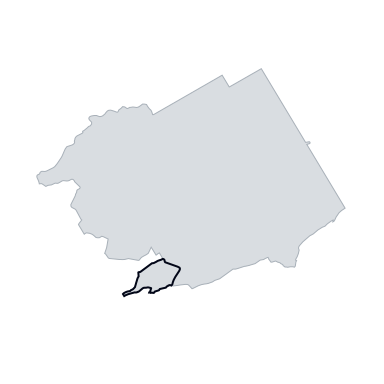 Blue Nile highlighted on a map of Sudan, rotated 59°
{"feature_id": "SDN-148", "entity_name": "Blue Nile", "entity_type": "State", "adm_level": 1, "iso_a3": "SDN", "parent_name": "Sudan", "parent_adm1": "", "projection": "equal_earth", "projection_center": [34.239, 11.094], "detail": "fine", "context": "in_parent", "style": "outline", "palette": "ink", "viewbox_px": 384, "rotation_deg": 59, "n_neighbors": 0, "source": "natural_earth", "source_scale": "10m", "svg_char_len": 5297}
<svg xmlns="http://www.w3.org/2000/svg" viewBox="0 0 384 384"><g transform="rotate(59 192 192)"><path d="M246.4,303.6L243.8,303.6L243.5,302.7L243.6,300.4L243.9,298.7L244.8,296.0L244.6,294.5L244.7,292.3L244.0,289.9L237.7,282.9L236.5,281.0L233.1,279.2L233.7,277.3L232.3,263.0L233.0,261.3L233.2,258.8L233.2,256.6L234.0,253.0L234.1,251.4L227.4,251.3L227.3,252.9L227.6,254.6L227.6,255.3L218.3,255.4L222.0,261.0L222.2,263.4L222.0,266.5L222.0,268.5L222.2,269.7L223.2,272.3L223.2,272.7L222.9,273.3L216.3,280.8L215.2,284.3L214.3,286.1L212.3,289.2L206.3,297.2L205.3,297.7L200.7,298.0L200.2,298.2L199.8,298.5L199.7,298.5L195.7,293.8L189.1,288.1L184.7,291.0L183.5,292.1L183.5,294.8L182.8,296.2L181.6,297.7L178.3,298.7L176.6,299.5L174.6,301.1L172.6,303.6L172.5,304.9L172.7,306.1L161.5,306.1L160.8,305.1L159.2,300.9L158.0,301.2L147.8,300.7L146.3,301.1L143.4,302.9L141.9,303.1L140.4,302.3L135.1,294.0L134.0,293.0L132.8,291.0L131.6,290.1L131.2,289.5L131.1,288.6L131.2,286.8L130.8,285.7L130.0,285.4L122.7,287.3L121.7,287.1L120.2,287.4L119.6,287.8L119.0,288.9L118.9,291.2L118.7,292.3L118.1,293.6L116.0,296.4L115.6,297.6L115.6,300.7L115.5,302.3L115.2,303.0L114.3,304.2L113.9,304.9L113.5,308.9L112.4,311.3L112.1,312.2L112.0,313.9L111.8,314.5L108.6,315.9L107.3,316.7L106.6,318.1L106.4,318.7L105.0,318.2L103.2,317.8L99.8,317.4L98.4,316.8L97.8,315.8L98.0,313.4L97.7,312.9L97.2,312.5L96.8,311.4L96.9,310.1L98.7,307.4L99.1,305.9L99.7,298.8L99.6,296.7L98.2,292.8L95.0,286.0L94.2,284.7L90.2,279.1L89.7,278.3L88.7,275.9L89.9,270.8L90.0,269.4L89.7,267.9L88.7,266.8L87.8,266.7L86.6,265.3L85.8,264.7L85.1,263.5L84.7,261.8L85.1,255.7L84.9,254.9L83.9,254.7L83.6,254.2L83.7,253.1L83.2,249.6L82.6,246.8L82.9,245.2L82.1,243.1L80.5,242.1L77.2,242.8L76.2,242.7L75.5,242.3L75.0,241.5L74.8,240.6L75.0,239.2L76.0,236.6L77.2,234.5L79.6,232.6L80.2,231.6L80.6,230.4L80.7,229.1L80.5,227.8L80.3,226.5L79.6,224.9L79.0,222.9L79.0,221.6L79.4,220.6L80.0,219.5L82.4,217.3L84.8,215.4L85.2,214.8L85.1,214.0L84.0,212.5L83.7,209.5L83.1,207.5L84.4,205.9L85.3,205.4L86.7,204.9L87.2,204.3L87.4,203.0L87.4,201.8L87.9,200.9L88.6,199.1L89.2,198.2L91.0,196.0L91.5,194.6L91.6,193.2L91.2,189.0L92.3,187.3L93.6,185.9L95.6,186.0L98.6,185.7L100.6,185.1L102.1,185.1L105.4,185.9L105.7,185.5L105.9,184.4L107.4,106.0L121.0,106.0L121.2,105.8L122.0,69.1L207.2,69.1L208.0,69.0L209.3,65.6L209.9,65.3L210.8,65.5L211.1,66.3L210.3,69.1L284.7,69.1L284.9,73.3L285.5,76.6L287.7,81.4L289.5,84.0L290.2,85.4L290.2,86.1L290.1,86.7L289.6,86.0L288.7,85.5L288.6,87.8L289.0,92.4L289.8,95.6L289.3,98.6L289.4,103.7L290.4,109.7L290.2,113.6L291.8,122.7L293.4,127.7L294.2,129.0L295.2,129.7L297.0,130.1L299.6,132.6L301.8,135.4L302.5,136.8L303.6,138.3L304.2,138.1L304.7,137.7L305.4,138.9L308.7,141.6L309.2,142.9L308.0,144.1L306.7,146.3L306.0,148.2L305.7,148.9L304.6,150.1L304.4,150.7L303.9,151.1L303.4,151.1L302.2,151.8L301.2,151.6L300.2,152.0L299.8,152.4L299.0,152.8L297.9,153.1L296.1,154.8L294.6,155.6L294.1,156.2L293.3,159.6L292.7,160.5L290.5,160.6L289.4,160.8L287.9,160.5L287.2,160.5L287.0,161.2L286.7,164.1L286.8,165.3L285.5,168.6L285.9,174.8L284.7,179.4L284.5,180.4L283.3,184.1L282.7,185.4L281.1,192.3L280.5,194.4L279.2,196.6L280.6,213.0L279.5,218.0L279.6,220.8L278.8,224.9L278.2,226.7L277.2,229.0L276.3,231.5L275.6,234.9L275.1,241.2L274.9,241.8L270.9,242.6L269.6,243.0L268.8,243.7L267.7,245.4L265.7,249.8L264.6,252.6L262.9,256.3L261.0,259.0L260.6,260.3L260.2,262.7L259.5,266.5L258.9,269.2L259.0,271.4L258.4,275.1L258.4,277.0L257.8,278.0L256.8,279.0L256.2,279.2L253.4,276.7L251.4,278.4L250.2,280.9L249.2,283.4L249.8,288.6L249.7,289.7L249.5,291.0L247.6,296.1L247.0,298.5L246.5,302.6L246.4,303.6Z" fill="#d9dde1" stroke="#a8b0b8" stroke-width="1"/><path d="M261.5,257.9L261.2,258.1L260.6,258.6L260.4,258.9L260.2,259.4L260.1,259.8L260.0,260.3L260.0,260.7L260.1,261.4L260.0,262.2L260.1,262.5L260.4,263.3L260.5,263.7L260.4,264.0L258.7,269.2L258.6,269.6L258.8,270.1L259.0,270.5L259.2,270.9L259.1,271.5L258.2,275.1L258.2,275.3L258.3,275.6L258.7,276.0L258.8,276.2L258.7,276.9L258.5,277.3L257.7,278.1L257.5,278.4L257.4,278.7L257.4,278.9L257.3,279.2L257.1,279.5L256.8,279.5L256.6,279.5L256.4,279.7L256.2,280.3L256.1,280.5L256.0,280.4L255.9,280.1L256.0,279.6L255.9,279.3L255.7,279.0L255.3,278.7L253.6,276.7L253.4,276.6L253.2,276.7L251.5,278.3L251.3,278.6L251.0,279.0L250.5,280.4L249.3,282.6L249.2,283.3L249.2,284.1L249.9,288.3L249.9,289.1L249.8,289.9L249.8,290.0L249.6,290.2L249.6,290.3L249.6,290.5L249.6,291.0L249.3,291.8L248.5,292.9L246.7,299.4L246.3,302.2L246.3,303.7L243.9,303.7L243.8,303.4L243.7,302.9L243.6,302.0L243.7,300.6L244.0,298.8L244.9,296.4L245.0,296.2L244.9,295.5L244.8,295.2L244.7,294.6L244.9,293.4L244.9,293.0L244.9,292.5L244.8,292.1L244.2,290.0L244.0,289.7L240.9,286.4L237.9,283.1L236.8,281.2L236.6,281.1L233.4,279.5L233.3,279.4L233.3,279.1L233.4,278.8L233.7,278.0L233.8,277.7L233.9,277.4L233.2,270.4L232.5,263.4L232.5,263.1L232.5,262.9L232.8,262.5L232.9,262.2L233.1,261.6L233.2,261.4L233.4,258.9L233.4,256.8L234.2,253.1L234.3,251.5L234.7,251.1L234.9,251.0L235.2,250.8L235.5,250.7L235.8,250.6L236.2,250.7L237.8,251.2L238.2,251.2L238.5,251.1L248.6,242.8L250.4,241.7L250.9,241.7L251.4,241.8L252.0,242.2L252.5,242.8L253.1,243.7L256.2,250.1L257.9,252.9L259.5,254.9L260.9,256.3L261.0,256.4L261.3,257.1L261.5,257.9L261.5,257.9Z" fill="none" stroke="#020617" stroke-width="2"/></g></svg>